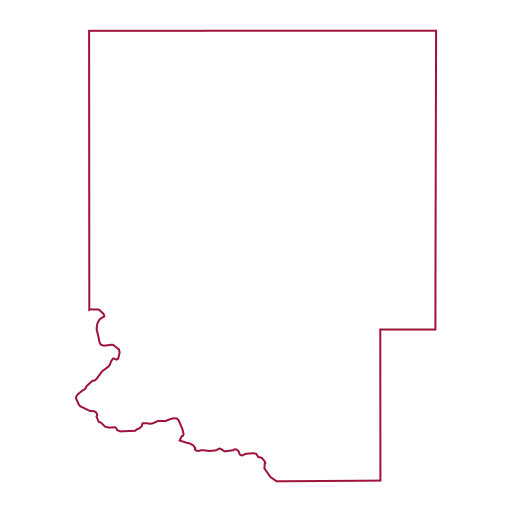 outline of Dickinson, Michigan, United States of America
{"feature_id": "52423323B53392276693289", "entity_name": "Dickinson", "entity_type": "district", "adm_level": 2, "iso_a3": "USA", "parent_name": "United States of America", "parent_adm1": "Michigan", "projection": "robinson", "projection_center": [-88.007, 45.984], "detail": "fine", "context": "isolated", "style": "outline", "palette": "rose", "viewbox_px": 512, "rotation_deg": 0, "n_neighbors": 0, "source": "geoboundaries", "source_scale": "gbopen_adm2", "svg_char_len": 1522}
<svg xmlns="http://www.w3.org/2000/svg" viewBox="0 0 512 512"><path d="M435.5,254.6L436.1,30.7L89.1,30.8L89.3,309.9L90.4,309.4L97.8,309.5L99.0,309.7L103.4,313.7L104.2,315.5L104.2,316.6L101.6,317.9L99.6,319.4L97.8,322.6L97.1,324.7L96.7,327.8L96.8,331.0L97.2,331.4L99.7,342.7L100.8,344.7L103.9,345.7L112.1,344.7L113.6,345.2L119.0,349.5L119.6,352.6L118.2,358.7L116.6,359.6L113.7,358.5L113.0,358.6L111.4,360.8L109.7,365.0L108.7,366.4L102.1,371.3L96.4,379.1L94.7,380.5L92.8,380.7L91.1,381.9L86.6,386.1L85.1,389.0L81.7,391.1L77.6,394.5L76.7,395.8L75.9,398.1L78.9,404.7L80.5,406.4L89.8,410.9L94.4,411.3L95.8,412.1L97.2,414.3L97.1,415.4L96.5,416.5L98.7,421.8L101.2,422.8L105.1,426.7L108.9,427.6L115.0,427.3L116.0,427.9L117.3,430.2L120.3,431.4L129.9,431.0L135.2,430.8L136.7,429.4L139.3,428.4L141.9,426.0L142.4,423.7L142.7,423.3L147.0,423.2L148.7,423.7L151.4,423.7L153.9,422.9L158.1,420.9L165.4,421.1L169.2,419.5L173.2,418.3L176.2,418.4L177.3,418.9L178.7,420.4L182.4,429.1L183.6,434.2L182.9,435.8L181.8,436.1L179.7,440.5L186.4,442.7L189.4,443.3L193.2,445.3L195.3,448.1L194.8,449.2L195.6,450.3L198.5,451.0L201.9,450.1L209.1,451.0L215.7,450.4L219.5,448.5L221.2,449.1L224.4,451.4L233.5,450.2L234.3,449.4L235.6,449.3L236.4,449.5L237.8,450.5L238.8,451.7L239.7,454.4L240.8,455.2L242.4,455.4L245.3,453.9L252.0,453.3L253.7,453.2L256.4,454.0L258.2,457.0L261.8,457.8L264.5,461.1L265.3,463.3L264.7,463.7L264.4,468.4L270.6,477.2L276.6,481.3L380.4,480.6L380.3,329.5L435.4,329.5L435.5,254.6Z" fill="none" stroke="#9f1239" stroke-width="2"/></svg>